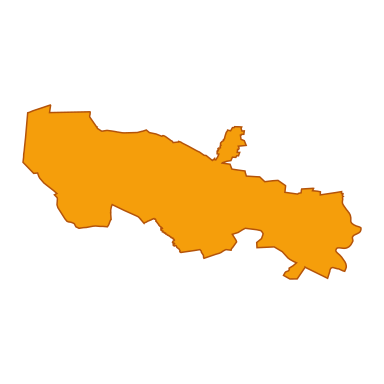 Vaidavas pag., Kocenu, Latvia
{"feature_id": "27541924B99767598145301", "entity_name": "Vaidavas pag.", "entity_type": "district", "adm_level": 2, "iso_a3": "LVA", "parent_name": "Latvia", "parent_adm1": "Kocenu", "projection": "robinson", "projection_center": [25.291, 57.431], "detail": "fine", "context": "isolated", "style": "filled", "palette": "amber", "viewbox_px": 384, "rotation_deg": 0, "n_neighbors": 0, "source": "geoboundaries", "source_scale": "gbopen_adm2", "svg_char_len": 5880}
<svg xmlns="http://www.w3.org/2000/svg" viewBox="0 0 384 384"><path d="M53.6,190.6L56.9,193.5L54.4,194.8L57.2,197.7L57.4,199.0L57.0,204.8L57.9,207.7L65.0,218.9L67.0,221.3L68.5,221.9L70.8,222.2L72.3,222.7L73.6,223.3L74.3,223.7L75.9,226.8L79.0,228.3L83.8,227.6L86.2,227.5L93.0,226.2L95.6,226.0L100.2,226.4L103.0,226.4L107.4,226.8L108.7,224.8L110.0,221.3L110.9,219.4L111.1,219.4L110.6,212.7L110.8,212.7L110.7,210.4L110.9,208.9L111.5,206.3L111.8,205.6L112.2,204.6L124.2,210.4L136.0,215.7L138.3,216.8L140.5,219.0L140.4,219.1L144.1,223.4L144.5,222.8L146.3,222.1L147.9,221.1L148.9,220.8L149.6,220.4L150.3,220.1L150.8,220.1L151.7,219.4L152.6,219.2L153.2,218.7L153.9,218.6L153.9,218.8L154.2,219.0L154.6,219.2L155.2,219.0L155.5,219.2L156.0,220.5L156.2,220.8L156.2,221.1L155.9,221.2L155.9,221.3L156.4,221.5L156.6,221.8L156.6,222.0L157.3,222.6L157.3,222.9L158.0,223.6L158.1,224.0L158.7,224.4L158.8,224.7L158.8,225.1L159.3,225.6L160.2,226.5L160.8,226.8L161.7,227.6L161.4,227.8L161.6,227.9L161.6,228.1L162.2,228.2L162.4,228.5L161.3,229.1L161.1,228.9L160.9,228.9L160.9,229.3L161.0,229.9L161.1,230.3L162.4,231.0L162.9,231.1L162.8,231.5L162.6,231.9L164.4,232.5L164.5,232.8L164.4,233.0L164.8,233.2L165.5,233.1L165.6,233.8L165.7,234.0L165.9,234.1L166.7,234.2L166.9,234.6L167.5,235.1L167.8,235.3L168.3,235.3L168.6,235.4L168.8,235.6L169.1,236.0L169.5,236.0L169.8,236.4L170.4,236.8L170.8,236.8L170.9,237.0L170.9,237.4L171.1,237.6L172.1,237.8L172.3,238.2L172.6,238.3L172.8,238.2L173.0,238.2L173.3,239.1L173.8,239.2L173.9,239.5L174.3,239.8L174.4,240.3L174.2,240.5L173.7,240.8L173.1,241.1L172.6,242.1L172.9,242.4L172.9,242.5L172.7,242.7L172.8,242.8L173.9,243.0L174.5,243.6L174.2,243.9L173.6,243.9L173.3,244.0L173.2,244.1L173.5,244.4L173.7,244.9L173.3,245.3L173.4,245.5L174.4,246.0L174.7,246.0L175.1,245.7L175.8,245.5L176.2,245.9L176.5,246.2L176.7,247.1L176.9,247.4L179.2,249.2L180.1,250.9L180.0,251.1L179.9,251.3L179.8,251.5L180.0,251.7L180.3,252.3L181.1,252.5L181.3,252.4L191.8,250.9L194.5,250.5L199.9,249.6L201.0,250.8L201.2,251.1L201.4,252.3L201.6,252.6L203.1,254.8L203.3,255.3L203.5,256.0L203.6,257.6L203.8,258.0L204.0,258.3L215.7,254.3L219.2,253.3L221.0,252.5L223.5,250.8L225.9,249.6L231.1,250.2L231.5,248.7L232.7,247.4L236.6,241.9L236.1,240.4L232.3,234.3L238.1,232.5L242.6,229.7L245.3,228.3L256.6,229.7L260.8,230.6L261.8,231.6L262.4,232.5L263.1,233.6L262.8,235.0L261.5,238.6L256.7,242.5L257.0,247.7L274.2,246.9L282.3,251.7L288.0,258.0L289.9,259.4L293.6,261.5L296.5,262.8L293.0,265.8L289.1,268.2L289.3,269.5L288.5,270.8L285.9,271.8L285.1,272.5L283.5,275.4L289.9,279.0L297.2,278.9L305.1,267.3L305.1,267.1L306.2,267.8L327.6,278.3L329.8,271.4L329.9,270.3L330.4,269.1L330.7,268.5L331.4,267.9L332.3,267.6L332.9,267.5L337.5,268.8L338.5,268.8L343.1,270.9L344.7,271.3L345.7,269.0L346.3,267.1L346.2,265.4L345.8,263.7L344.9,261.8L341.7,257.2L339.8,255.1L337.2,252.8L336.1,251.5L335.9,250.9L335.8,250.2L336.0,249.7L336.4,248.9L336.9,248.3L337.6,247.9L339.2,247.8L343.5,248.3L344.8,248.3L346.1,248.1L347.0,247.8L348.4,247.1L349.3,246.5L350.7,245.0L351.4,243.9L352.8,241.3L352.9,240.4L352.5,238.6L352.4,237.2L353.0,236.2L353.9,235.3L354.6,234.9L357.0,233.8L358.7,232.9L359.3,232.5L360.2,231.6L360.4,231.2L360.8,230.1L361.0,229.0L360.9,227.9L360.7,227.6L359.0,226.8L356.3,226.0L353.8,224.8L352.0,223.5L351.6,223.0L350.9,221.8L350.7,221.0L350.8,220.2L350.8,217.8L350.3,215.3L350.1,214.8L349.1,212.9L348.3,212.0L347.9,211.3L346.6,209.8L343.8,205.8L342.9,204.3L342.5,203.3L342.4,202.7L342.4,201.2L342.7,199.6L342.7,198.9L342.5,197.7L342.5,197.2L342.6,196.9L343.3,196.4L342.6,195.8L342.3,195.2L342.3,194.9L342.6,194.5L343.0,194.1L343.0,193.9L343.0,193.6L341.5,193.4L341.6,191.6L336.2,192.5L320.3,194.9L320.4,191.8L317.4,191.2L312.5,190.7L313.6,188.4L313.2,188.3L301.7,189.0L301.4,190.1L301.1,192.8L298.4,193.4L297.7,194.1L284.9,192.3L285.6,185.9L285.5,185.6L278.0,180.4L273.2,180.7L264.8,181.7L259.7,176.9L256.0,176.7L246.4,176.1L245.3,172.7L245.0,171.0L238.4,170.1L231.9,169.1L230.0,164.2L222.1,163.1L222.4,162.7L227.1,161.2L230.9,160.6L232.4,157.2L235.8,157.4L236.8,155.7L238.5,155.8L239.7,152.4L237.2,152.4L237.6,149.4L238.6,149.5L239.1,148.1L238.3,146.2L246.2,145.4L244.3,140.7L241.0,139.3L240.4,135.2L241.2,135.1L241.5,134.4L243.8,134.3L244.3,130.9L241.9,131.0L241.1,128.5L241.7,127.0L239.3,126.8L234.6,126.7L234.1,127.6L232.5,127.6L230.6,130.8L227.6,130.1L227.5,130.6L227.2,131.2L226.3,132.3L226.3,132.5L225.9,133.3L225.9,133.9L225.6,134.3L224.8,137.1L224.6,137.9L224.6,138.5L224.3,139.0L223.5,139.5L223.4,139.6L223.6,140.5L222.7,141.1L222.1,141.4L221.8,141.7L220.9,142.7L220.6,143.0L220.6,143.6L220.4,144.1L220.5,144.4L221.0,145.3L220.8,145.5L220.3,145.7L220.3,146.2L220.1,146.5L220.4,147.1L220.4,147.7L220.4,147.8L219.9,148.0L218.5,148.1L218.4,148.2L218.4,148.5L217.9,148.8L218.0,149.1L218.6,149.4L218.4,149.6L218.5,149.7L218.3,150.1L217.8,150.4L217.9,150.5L217.6,150.7L217.5,150.8L217.8,151.1L217.1,151.6L217.3,152.5L217.7,152.5L217.1,152.8L217.1,153.3L217.1,153.8L218.8,154.1L217.8,156.7L215.8,159.9L214.8,159.7L214.6,158.5L214.1,159.0L214.0,159.5L213.5,159.5L213.1,159.7L212.8,160.3L212.4,160.5L206.1,155.5L204.1,155.3L199.4,152.0L198.0,151.4L196.4,150.6L188.4,146.2L182.3,143.1L181.7,142.7L180.8,142.1L178.6,141.4L178.5,142.0L173.1,142.6L172.4,141.4L171.7,140.9L170.8,140.5L170.1,139.9L165.8,136.8L164.6,136.1L163.6,135.7L162.8,135.6L162.1,136.0L161.9,136.3L156.1,134.0L149.4,132.6L146.3,130.0L142.4,131.3L142.0,131.3L137.4,132.5L124.4,132.9L122.4,132.8L118.0,132.1L117.8,132.1L115.4,131.6L111.7,131.0L107.0,130.4L101.9,131.2L100.9,130.7L97.5,128.5L96.9,127.3L97.0,127.1L96.7,127.1L89.8,117.1L89.6,116.0L90.0,114.6L90.2,112.4L90.0,111.8L49.5,112.6L50.6,105.4L50.3,105.0L33.2,110.7L29.4,112.3L27.7,112.8L25.5,138.1L24.6,146.5L24.2,150.8L23.7,154.3L23.6,157.1L23.0,162.3L33.7,173.4L37.6,173.0L38.7,176.2L39.7,178.1L40.2,178.7L44.0,183.1L53.6,190.6Z" fill="#f59e0b" stroke="#b45309" stroke-width="1.5"/></svg>